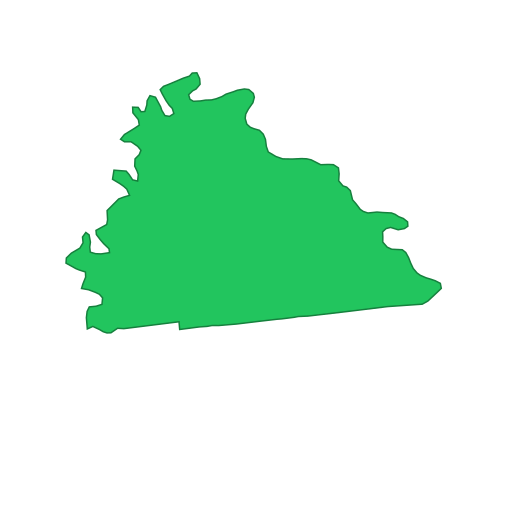 outline of São João do Ivaí, Paraná, Brazil, rotated 28°
{"feature_id": "56859067B54010938488243", "entity_name": "São João do Ivaí", "entity_type": "district", "adm_level": 2, "iso_a3": "BRA", "parent_name": "Brazil", "parent_adm1": "Paraná", "projection": "robinson", "projection_center": [-51.872, -24.002], "detail": "fine", "context": "isolated", "style": "filled", "palette": "green", "viewbox_px": 512, "rotation_deg": 28, "n_neighbors": 0, "source": "geoboundaries", "source_scale": "gbopen_adm2", "svg_char_len": 2503}
<svg xmlns="http://www.w3.org/2000/svg" viewBox="0 0 512 512"><g transform="rotate(28 256 256)"><path d="M141.3,399.6L145.0,394.8L152.4,394.4L156.6,394.6L160.5,393.9L164.0,391.9L167.7,384.8L173.4,382.2L218.9,350.2L223.1,356.7L239.3,345.2L245.9,341.1L249.8,338.0L255.7,334.9L270.6,325.3L288.7,312.7L304.2,302.0L308.0,299.6L318.5,292.2L321.7,289.6L330.0,284.7L362.3,262.4L395.9,238.9L425.4,220.5L428.9,215.1L432.9,203.4L434.8,197.6L431.6,193.6L425.8,193.7L421.4,194.4L416.4,195.4L410.1,195.9L406.2,195.4L400.7,193.2L396.0,189.7L391.6,185.9L386.6,182.6L382.2,181.8L372.7,186.3L367.7,186.6L361.4,184.2L358.9,179.4L356.4,175.2L358.0,170.7L361.4,167.6L369.2,166.1L374.2,162.1L376.1,158.4L373.8,154.7L368.5,153.7L363.5,154.3L359.3,153.9L355.4,154.4L347.5,158.1L342.2,160.4L334.6,165.5L329.8,166.3L326.2,165.9L319.9,163.0L314.9,161.1L308.6,154.0L303.7,152.6L299.9,153.3L293.7,150.8L290.8,144.4L287.4,139.5L281.5,139.0L276.9,141.2L270.3,145.0L263.9,145.1L259.5,145.2L255.1,146.4L250.5,148.6L242.6,153.3L234.0,157.7L226.9,158.8L218.0,158.4L213.7,154.4L209.6,148.6L205.2,145.0L200.0,143.4L194.3,144.6L190.5,145.0L186.0,143.9L181.8,139.5L180.3,135.5L180.3,129.9L181.3,122.1L180.0,116.6L177.3,113.7L171.5,112.4L167.3,114.0L161.7,118.4L159.0,121.5L153.5,127.2L151.1,131.2L147.0,135.9L143.4,139.1L138.2,142.1L134.1,145.2L128.1,148.8L124.1,148.6L120.8,145.2L122.5,139.9L124.7,136.7L126.0,130.6L123.0,125.9L117.8,122.0L113.8,124.4L112.8,128.4L108.4,133.0L98.1,145.7L94.7,149.6L93.3,154.1L97.3,157.0L103.7,161.1L108.7,163.7L112.8,165.0L116.6,168.8L114.1,173.3L109.7,174.8L104.4,171.6L101.7,169.0L96.0,165.2L92.7,163.0L87.1,164.2L87.0,170.1L88.7,173.9L90.0,180.6L86.8,182.6L82.2,180.1L77.2,182.5L80.1,187.4L88.1,190.8L91.5,195.2L88.5,200.8L82.8,210.5L81.6,216.5L86.3,216.9L92.1,213.8L100.0,214.7L104.8,216.7L105.3,221.4L103.6,227.0L106.7,233.6L111.1,236.8L113.8,239.3L116.3,245.4L111.3,246.7L105.6,243.6L101.5,242.0L90.3,246.9L93.3,255.6L101.7,256.0L106.5,256.6L110.5,257.6L115.9,261.8L111.5,266.1L108.0,270.1L103.2,285.8L108.0,293.8L109.4,298.3L102.7,308.5L105.0,312.0L110.6,314.6L115.7,316.6L122.8,318.6L125.1,321.8L118.2,326.9L113.2,329.3L107.9,330.4L105.0,326.2L103.3,321.5L98.7,315.7L94.7,315.1L93.9,320.7L97.1,325.5L96.8,331.7L91.6,340.2L89.5,346.8L91.6,351.5L103.0,351.7L106.7,351.3L112.9,350.2L115.5,354.6L116.3,361.9L117.2,366.6L124.0,364.4L131.2,363.5L135.7,363.3L140.2,365.0L142.7,371.0L138.4,375.4L132.7,379.2L132.9,384.2L135.2,390.1L141.3,399.6Z" fill="#22c55e" stroke="#15803d" stroke-width="1.5"/></g></svg>